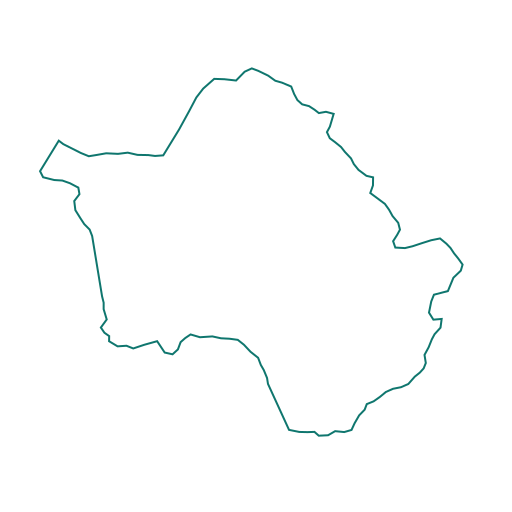 the district of Porto Ferreira, São Paulo, Brazil, rotated 83°
{"feature_id": "56859067B95997326511453", "entity_name": "Porto Ferreira", "entity_type": "district", "adm_level": 2, "iso_a3": "BRA", "parent_name": "Brazil", "parent_adm1": "São Paulo", "projection": "equal_earth", "projection_center": [-47.446, -21.845], "detail": "fine", "context": "isolated", "style": "outline", "palette": "teal", "viewbox_px": 512, "rotation_deg": 83, "n_neighbors": 0, "source": "geoboundaries", "source_scale": "gbopen_adm2", "svg_char_len": 1895}
<svg xmlns="http://www.w3.org/2000/svg" viewBox="0 0 512 512"><g transform="rotate(83 256 256)"><path d="M145.5,460.0L151.9,457.7L156.0,447.0L157.5,439.0L161.1,431.8L166.5,424.0L173.1,423.7L179.3,429.7L188.5,429.7L197.3,425.6L203.4,422.6L209.5,417.9L216.2,416.2L277.2,413.7L283.8,412.9L290.2,413.7L300.8,411.9L308.1,418.7L313.7,415.8L317.6,411.5L322.7,412.2L328.8,404.4L329.3,395.5L332.8,389.1L330.5,377.7L328.5,364.5L340.7,358.4L343.4,350.8L339.2,344.9L332.3,341.3L328.8,336.2L325.9,330.5L329.8,321.5L330.5,309.1L333.4,300.8L334.9,292.3L337.0,284.3L342.6,278.8L350.4,273.1L357.3,266.3L364.7,264.5L370.1,262.2L378.4,259.9L384.4,259.7L432.6,244.4L435.9,234.5L437.1,226.3L437.7,219.4L442.0,215.6L442.7,206.3L439.5,198.8L441.5,189.9L440.3,182.4L434.0,178.5L426.7,173.0L421.8,166.9L416.5,164.1L414.6,157.0L410.9,150.1L406.8,143.7L404.5,136.2L403.9,128.1L401.6,120.4L395.1,113.1L391.7,107.6L388.0,103.3L382.9,100.5L374.7,100.8L367.7,95.8L360.1,91.6L355.4,88.3L349.6,81.6L341.1,79.4L340.8,87.7L333.3,91.2L322.5,87.6L316.1,84.1L314.2,69.8L301.6,62.7L295.5,54.5L289.7,52.0L283.1,55.6L277.5,59.1L271.7,62.0L267.0,65.5L261.0,71.2L261.7,80.2L263.4,89.4L265.4,99.4L266.3,107.2L264.6,116.7L258.0,118.1L252.2,113.3L247.4,109.9L240.4,110.8L233.0,115.6L226.3,118.3L220.0,121.7L207.4,134.9L200.2,131.3L192.2,130.2L189.9,136.6L183.0,143.8L176.7,147.7L170.7,149.8L163.5,155.1L158.2,158.3L152.6,163.7L148.1,168.4L141.7,170.5L136.6,166.9L124.4,161.6L121.4,169.0L121.8,176.2L117.9,180.1L113.7,185.1L111.1,191.7L106.3,195.9L99.9,198.4L92.1,200.4L87.1,209.1L84.4,215.5L78.5,221.9L72.5,231.2L69.3,237.3L71.7,244.8L79.4,254.4L76.7,265.8L75.1,275.9L83.4,288.0L91.4,295.9L104.2,304.8L113.5,311.5L121.0,316.9L144.8,335.8L144.4,344.0L142.7,350.6L141.2,361.3L137.8,370.7L137.8,380.5L135.8,392.2L136.3,401.9L136.6,409.8L132.4,417.3L121.5,433.6L117.5,437.7L145.5,460.0Z" fill="none" stroke="#0f766e" stroke-width="2"/></g></svg>